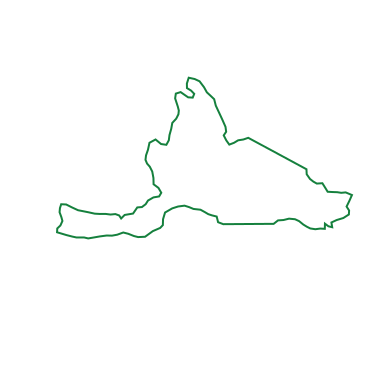 Inhacorá, Rio Grande do Sul, Brazil (Mercator projection), rotated 60°
{"feature_id": "56859067B41565206022280", "entity_name": "Inhacorá", "entity_type": "district", "adm_level": 2, "iso_a3": "BRA", "parent_name": "Brazil", "parent_adm1": "Rio Grande do Sul", "projection": "mercator", "projection_center": [-54.038, -27.922], "detail": "fine", "context": "isolated", "style": "outline", "palette": "green", "viewbox_px": 384, "rotation_deg": 60, "n_neighbors": 0, "source": "geoboundaries", "source_scale": "gbopen_adm2", "svg_char_len": 1884}
<svg xmlns="http://www.w3.org/2000/svg" viewBox="0 0 384 384"><g transform="rotate(60 192 192)"><path d="M91.4,137.7L95.5,142.2L99.5,144.4L103.7,142.1L108.1,141.0L110.6,144.2L108.1,148.0L104.5,149.7L99.8,151.9L98.7,156.8L102.5,159.8L111.0,161.6L114.9,162.7L117.9,164.9L120.6,169.0L122.3,174.5L126.9,178.4L131.4,183.0L135.6,186.2L138.3,190.6L135.0,194.8L128.3,197.3L128.1,204.2L133.4,209.0L137.3,213.5L140.9,216.2L144.9,216.7L149.0,215.9L154.4,216.2L160.6,218.4L166.1,221.4L171.7,219.0L177.3,219.0L179.4,222.7L177.4,228.1L177.4,234.4L179.4,238.2L180.0,242.9L178.0,247.1L181.2,253.8L178.2,261.8L179.5,266.6L175.9,266.8L172.8,269.4L170.8,273.8L167.7,277.9L165.0,282.7L162.1,287.1L157.8,291.8L153.4,296.8L150.8,299.8L145.4,303.6L139.9,307.2L137.2,311.4L139.9,314.4L143.3,316.8L148.5,317.7L152.3,318.7L155.2,322.7L156.2,326.9L159.4,329.0L166.6,322.2L170.8,317.9L173.6,314.8L177.4,308.2L180.3,305.1L181.8,301.1L184.4,294.0L187.0,287.7L189.8,283.1L191.6,278.1L192.7,271.8L196.3,268.1L201.1,264.3L204.1,261.2L207.3,255.0L206.3,245.5L207.2,237.5L206.1,233.8L201.1,230.7L196.3,225.6L196.3,217.3L197.6,211.3L200.1,205.3L203.6,202.1L207.4,199.2L211.6,193.5L215.9,190.9L219.3,189.0L222.2,186.4L225.6,182.9L231.2,184.5L235.5,181.0L260.4,137.2L259.6,131.7L262.0,126.8L263.6,121.3L267.1,116.4L270.8,113.8L275.8,111.9L279.5,109.9L282.7,107.8L285.9,103.8L287.8,99.2L290.3,95.4L285.9,92.7L289.9,91.0L292.6,88.2L288.1,86.5L288.6,80.8L290.2,73.9L289.9,67.4L286.6,65.2L281.9,65.4L278.4,60.2L274.6,55.0L269.2,59.1L267.3,63.2L264.8,66.3L262.5,70.0L259.6,74.4L255.2,74.5L249.6,74.7L247.1,79.7L243.7,81.7L239.7,83.3L234.0,83.8L229.5,81.5L173.2,116.2L172.2,121.3L170.3,126.2L170.4,131.0L169.6,136.0L164.4,136.5L158.8,136.2L156.9,132.3L152.3,130.4L144.0,129.5L129.1,128.2L122.7,126.4L117.6,127.9L113.1,129.3L107.3,129.2L99.9,130.1L95.5,133.2L91.4,137.7Z" fill="none" stroke="#15803d" stroke-width="2"/></g></svg>